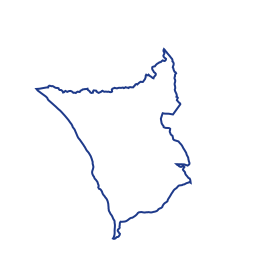 the district of Prado, Bahia, Brazil, rotated 145°
{"feature_id": "56859067B3199407317230", "entity_name": "Prado", "entity_type": "district", "adm_level": 2, "iso_a3": "BRA", "parent_name": "Brazil", "parent_adm1": "Bahia", "projection": "mercator", "projection_center": [-39.359, -17.168], "detail": "fine", "context": "isolated", "style": "outline", "palette": "blue", "viewbox_px": 256, "rotation_deg": 145, "n_neighbors": 0, "source": "geoboundaries", "source_scale": "gbopen_adm2", "svg_char_len": 5803}
<svg xmlns="http://www.w3.org/2000/svg" viewBox="0 0 256 256"><g transform="rotate(145 128 128)"><path d="M180.6,212.5L180.5,211.2L180.4,210.3L180.0,209.1L179.6,207.9L179.2,206.6L177.3,201.1L177.1,200.2L176.9,199.0L177.2,197.6L177.2,196.3L176.9,195.3L176.6,194.0L176.3,192.8L175.8,190.7L175.6,189.8L174.9,186.9L174.3,183.8L174.0,182.6L173.7,181.6L173.5,180.6L173.3,179.3L173.1,177.8L172.9,176.1L172.7,174.6L172.4,171.4L172.2,168.7L172.2,167.6L172.2,165.2L172.1,163.9L172.2,162.7L172.3,161.8L172.7,160.7L172.7,159.8L172.6,157.6L172.8,156.4L173.1,155.2L173.3,154.1L174.2,150.0L174.4,148.5L174.3,147.1L174.2,145.9L174.2,139.6L174.3,138.4L174.3,137.0L174.5,135.4L174.6,134.4L174.7,133.2L174.5,131.6L174.4,130.2L174.5,128.7L174.6,127.5L174.7,126.3L175.4,123.6L176.0,121.8L176.4,120.5L176.9,119.8L177.5,118.9L177.9,117.7L178.7,115.9L180.1,114.6L181.6,113.5L182.6,112.6L183.1,111.8L183.5,110.9L183.7,110.0L183.9,108.8L183.8,107.7L184.1,106.7L184.3,105.6L184.1,104.5L184.0,103.4L184.0,102.2L184.0,101.2L184.4,100.1L184.7,99.2L184.9,98.1L185.4,97.2L186.4,96.5L186.6,94.8L185.8,93.7L185.7,92.5L185.8,90.9L186.1,89.9L186.4,88.7L186.5,87.5L186.4,86.4L186.3,85.3L186.4,84.0L186.2,82.9L186.3,81.4L186.7,79.6L187.2,78.4L187.6,77.3L188.2,76.3L188.8,75.3L189.4,74.2L190.0,73.4L190.5,72.3L191.0,71.5L191.2,70.6L191.3,69.4L191.5,68.3L191.6,67.2L191.5,66.0L191.6,64.8L192.1,62.4L192.3,61.2L192.2,60.3L192.5,59.3L193.0,58.6L193.6,57.5L194.3,56.1L195.1,55.0L195.8,54.1L196.5,53.3L197.7,51.8L198.4,50.8L199.1,49.7L199.7,49.0L200.5,48.1L201.3,47.5L202.3,46.7L203.7,46.1L203.2,45.3L202.3,44.9L201.3,44.8L200.1,45.2L198.9,44.6L198.0,44.5L196.9,44.9L196.0,45.3L195.3,46.0L195.5,47.3L195.4,48.5L195.4,49.7L194.7,50.4L193.8,50.7L192.7,50.7L191.7,51.5L191.4,52.4L190.6,53.0L189.8,54.1L189.0,55.0L187.8,55.5L187.0,54.8L185.8,54.1L184.6,53.4L183.4,52.9L182.3,52.7L180.3,52.7L179.2,52.8L178.2,52.8L177.0,52.6L175.8,52.0L172.8,51.9L171.4,52.0L169.8,52.3L168.8,52.7L167.6,52.7L166.3,52.1L165.0,51.3L164.0,50.2L162.7,49.1L161.4,48.5L160.6,47.9L159.7,47.5L158.9,46.8L157.6,45.6L156.3,45.0L155.1,44.6L154.1,44.1L153.1,43.8L152.1,43.5L150.8,43.6L149.7,44.0L148.2,43.9L147.2,43.6L146.2,43.5L145.1,43.7L144.2,44.4L143.3,44.8L142.5,45.1L141.6,45.3L140.4,45.4L139.4,45.3L138.6,45.3L137.7,45.4L137.0,46.0L136.3,46.5L135.2,47.0L133.9,47.5L131.6,48.5L130.6,49.0L129.7,49.4L128.8,49.7L127.8,50.1L126.9,50.5L126.0,50.8L124.9,51.0L122.6,51.0L121.5,51.3L120.3,51.6L119.1,51.6L118.2,51.1L116.5,50.2L115.4,50.1L114.1,49.5L112.7,49.4L111.5,49.2L110.6,48.9L109.7,48.6L108.7,48.5L108.1,47.2L106.9,49.5L106.6,50.4L106.5,51.4L107.1,52.3L107.2,53.3L107.2,54.4L107.4,55.9L107.4,57.0L107.2,58.1L106.7,58.9L106.7,60.0L106.9,61.1L106.9,62.4L105.4,63.3L104.2,63.7L104.5,65.0L105.5,65.5L106.7,65.6L107.4,66.2L108.0,67.2L108.3,68.7L108.8,69.5L109.0,70.5L103.5,66.5L102.6,65.7L101.9,64.6L101.3,63.9L100.7,63.0L98.7,63.1L97.8,63.9L97.5,64.7L97.3,65.7L96.8,66.8L96.4,67.9L95.8,68.9L95.5,70.3L95.4,71.6L95.2,72.6L94.9,73.5L94.6,74.3L94.4,77.0L94.3,78.1L94.3,79.4L94.1,80.8L93.9,82.4L93.9,83.9L94.1,85.3L94.3,87.0L94.3,88.0L97.1,91.6L97.4,92.8L96.9,94.0L96.5,94.9L96.0,96.2L96.5,97.3L96.6,98.5L96.3,99.5L96.0,100.9L95.5,101.6L94.8,102.1L93.9,103.2L94.3,104.2L94.9,104.8L95.8,105.5L96.8,106.2L97.5,107.0L98.3,108.2L97.8,109.3L97.9,110.3L97.8,112.3L97.5,113.1L95.8,116.7L92.0,119.6L91.1,120.2L90.2,119.2L89.3,118.4L88.6,117.9L87.8,117.3L86.9,116.7L86.0,115.9L85.0,114.9L84.2,114.1L83.4,113.3L71.6,117.4L71.2,118.2L71.6,119.3L71.8,120.7L71.9,121.9L72.0,122.8L71.2,123.4L69.9,124.1L69.9,125.0L70.4,125.8L69.6,126.3L69.2,127.0L68.7,128.4L68.5,129.8L68.2,131.3L67.7,132.6L66.7,133.3L66.1,134.1L65.4,135.4L65.0,136.6L64.5,137.4L63.8,138.1L62.9,138.8L62.2,139.6L61.8,140.4L61.5,141.9L60.7,142.9L59.7,143.5L59.2,144.4L58.3,145.0L57.2,145.2L57.1,146.3L57.6,147.2L57.5,148.2L57.2,149.6L56.6,150.9L56.6,151.9L55.8,152.7L54.5,153.5L53.6,154.6L53.2,155.8L53.4,157.1L52.7,157.9L52.3,159.2L52.4,160.3L52.5,161.5L52.5,162.4L52.6,163.6L52.7,164.7L52.8,165.7L52.9,166.7L52.9,167.8L53.1,169.2L53.1,170.8L53.3,172.0L54.3,171.4L54.9,170.4L55.0,169.1L55.4,168.2L56.3,167.7L57.5,167.0L57.9,166.1L57.8,164.7L57.2,162.9L57.8,162.2L59.0,161.8L59.9,162.1L60.8,163.5L62.2,163.4L63.4,163.2L64.6,163.8L65.7,163.7L66.9,163.9L68.1,163.8L69.2,163.6L70.6,163.1L72.1,163.8L73.2,163.9L73.9,163.2L74.5,161.9L74.5,160.4L74.7,158.9L74.2,157.5L74.2,156.3L75.0,155.5L76.6,155.1L77.9,154.7L78.6,154.1L79.1,154.8L79.4,155.9L79.7,156.9L80.3,158.2L80.6,159.9L81.5,159.7L82.1,160.3L82.5,161.2L83.5,160.7L84.5,159.4L86.1,158.3L88.2,157.6L89.3,157.2L90.1,157.6L91.0,158.6L92.1,158.7L93.0,158.7L93.8,158.5L94.7,158.5L95.4,158.3L95.9,159.2L96.9,159.4L98.3,158.8L99.2,158.8L100.3,158.3L101.8,159.3L102.6,160.1L103.7,160.7L104.6,160.4L105.2,161.2L105.9,161.9L106.7,162.9L107.7,162.8L108.6,163.1L108.9,164.0L110.8,164.9L111.7,165.7L112.7,166.3L114.3,166.8L115.2,167.7L116.1,168.7L116.9,168.7L118.1,169.1L119.2,168.8L119.6,168.0L120.1,167.0L120.9,167.0L121.8,167.4L122.4,168.0L123.0,168.9L123.9,169.3L124.8,170.1L125.5,170.7L126.5,171.2L127.2,172.1L127.5,173.1L128.3,173.3L129.2,173.1L130.9,173.4L131.9,173.6L132.4,174.6L132.9,175.8L132.6,176.7L133.6,177.7L134.6,178.5L135.6,178.1L136.5,177.1L137.9,177.7L138.4,178.7L138.4,180.3L139.0,182.2L138.6,183.4L139.8,183.8L141.0,184.6L141.9,185.0L143.1,185.6L144.4,185.5L145.5,185.8L146.9,185.2L147.7,185.9L148.3,186.6L149.6,186.8L150.7,186.6L151.3,187.4L152.6,188.2L152.8,189.5L153.3,190.6L153.8,191.3L154.8,191.9L155.9,192.3L156.8,192.3L157.4,193.0L157.9,194.2L158.9,194.3L159.8,194.0L160.8,194.3L160.5,195.6L160.9,197.3L162.2,198.4L162.4,199.4L162.1,200.4L162.8,201.3L163.7,201.9L164.4,202.7L164.9,203.8L165.3,204.9L165.9,205.7L166.7,206.1L167.2,206.8L168.2,207.8L169.5,207.7L170.1,207.0L171.6,208.0L178.1,211.0L180.6,212.5Z" fill="none" stroke="#1e3a8a" stroke-width="2"/></g></svg>